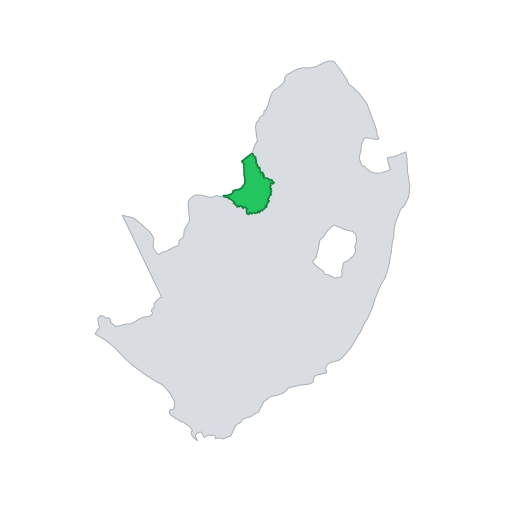 location of Ngaka Modiri Molema, North West, South Africa, rotated 337°
{"feature_id": "47623444B28912463422483", "entity_name": "Ngaka Modiri Molema", "entity_type": "district", "adm_level": 2, "iso_a3": "ZAF", "parent_name": "South Africa", "parent_adm1": "North West", "projection": "orthographic", "projection_center": [25.83, -25.802], "detail": "fine", "context": "in_parent", "style": "filled", "palette": "green", "viewbox_px": 512, "rotation_deg": 337, "n_neighbors": 0, "source": "geoboundaries", "source_scale": "gbopen_adm2", "svg_char_len": 8235}
<svg xmlns="http://www.w3.org/2000/svg" viewBox="0 0 512 512"><g transform="rotate(337 256 256)"><path d="M355.0,101.3L367.1,100.0L372.6,101.1L379.1,103.9L385.2,105.1L395.6,104.5L399.1,105.1L401.9,106.1L403.9,107.6L406.5,118.1L408.6,129.4L408.4,133.0L408.7,134.4L411.5,139.3L412.4,142.3L414.0,144.8L417.2,156.9L417.6,159.0L416.2,187.8L414.7,191.2L415.1,195.8L413.3,196.3L403.5,190.1L401.7,190.2L398.8,192.3L396.1,195.5L394.7,198.4L389.4,205.9L388.8,210.9L389.1,215.1L390.8,215.4L391.8,218.4L394.4,223.4L398.8,226.7L403.0,228.3L409.0,228.9L413.7,229.0L413.6,225.7L415.1,217.0L422.9,218.5L434.5,218.8L433.4,224.4L428.5,237.2L425.0,251.6L421.2,258.8L419.1,261.7L413.3,266.8L410.3,268.5L407.8,269.0L397.8,279.4L394.0,284.5L390.5,292.0L387.2,296.0L382.3,304.8L373.8,317.7L366.8,326.1L363.8,328.5L361.7,329.6L356.3,334.4L348.6,342.3L342.7,349.3L334.1,357.2L329.1,360.6L321.6,367.5L319.6,368.5L311.3,374.8L305.3,378.7L295.7,383.2L292.0,384.4L282.9,383.2L279.2,383.8L276.0,386.6L275.8,390.5L274.4,391.1L266.2,389.3L262.8,389.7L260.8,391.8L259.2,394.5L254.5,394.6L246.0,392.0L236.1,390.4L233.8,390.3L229.0,392.4L227.4,392.7L220.4,392.5L216.5,391.3L212.7,391.3L209.9,392.5L206.5,392.9L197.5,400.6L192.7,400.8L188.6,401.8L181.3,401.0L179.1,401.6L177.0,403.0L172.1,403.7L170.2,404.9L162.2,412.0L158.7,411.5L154.4,411.6L149.3,408.2L147.4,408.5L147.8,407.4L147.9,405.5L146.0,403.7L144.1,403.9L142.9,402.3L140.0,402.3L137.6,402.9L136.7,396.7L135.5,396.2L132.5,396.2L131.1,396.5L130.4,397.1L129.8,398.6L130.1,402.9L128.9,401.7L127.6,399.2L127.0,396.4L127.2,393.1L129.3,391.7L128.4,387.6L124.4,380.6L122.1,379.2L120.2,375.6L118.4,374.4L117.5,371.8L115.7,369.8L114.9,366.6L115.6,364.7L117.0,363.6L118.6,365.1L120.4,364.4L122.8,361.8L124.1,358.1L123.7,352.4L123.1,348.8L120.4,339.6L119.2,337.6L114.1,331.2L108.0,322.6L100.0,309.0L96.0,300.7L89.7,284.0L84.5,274.6L78.2,266.0L77.5,265.4L78.2,264.3L81.1,262.0L82.4,261.3L83.1,261.5L83.8,260.9L84.3,259.4L84.6,256.2L85.7,252.7L86.9,251.2L89.5,250.1L91.5,251.2L92.5,252.4L92.9,254.0L93.9,254.7L95.3,254.6L96.4,255.5L97.1,257.6L97.1,259.1L96.3,260.0L96.5,261.2L97.7,262.7L99.0,265.9L104.5,267.3L107.6,267.4L110.5,268.0L113.3,269.3L117.8,269.4L123.9,268.3L129.1,268.4L133.2,269.6L136.1,269.7L137.9,268.7L138.6,267.4L138.2,265.7L139.1,264.5L141.1,264.0L142.6,262.6L143.7,260.4L146.5,258.5L150.9,257.0L153.1,256.9L148.9,166.4L157.3,172.3L159.3,175.1L163.6,183.4L168.1,193.7L169.0,198.8L168.8,199.9L165.0,206.9L164.9,210.3L165.6,214.2L166.6,216.2L167.8,216.8L170.7,215.7L175.1,216.6L183.5,215.8L187.7,216.2L188.8,215.8L189.7,215.0L190.7,212.6L191.7,211.7L195.6,210.6L197.3,209.2L199.9,204.4L208.2,197.8L209.1,196.3L214.0,181.1L215.6,178.9L217.9,177.4L222.5,176.2L225.3,176.7L228.2,178.0L231.6,180.1L236.6,184.2L238.3,184.8L243.3,184.9L246.4,187.5L255.7,189.3L258.3,189.2L261.2,187.7L266.0,187.7L271.1,186.7L274.2,184.0L280.2,167.4L280.8,163.8L281.5,162.8L286.4,160.9L292.4,159.5L293.6,158.8L297.4,154.2L302.3,150.4L305.8,137.2L308.0,134.1L309.4,132.8L310.3,132.8L311.6,132.0L313.2,130.4L315.2,129.4L317.4,129.0L318.9,128.0L319.6,126.2L320.8,125.4L322.4,125.5L323.4,124.9L323.6,123.7L327.3,120.9L327.4,119.8L329.6,117.0L333.8,112.7L337.7,110.3L341.4,109.9L348.2,107.7L350.7,105.7L352.3,102.8L355.0,101.3ZM339.5,296.0L345.2,293.9L349.5,291.1L350.6,285.8L353.9,282.5L355.2,279.5L356.2,275.3L354.4,270.8L351.8,269.4L347.1,265.5L345.0,262.9L342.2,260.6L340.2,258.0L336.8,258.7L331.6,260.7L328.4,262.6L325.7,264.9L320.8,266.4L316.2,273.7L314.7,275.3L311.1,280.6L306.0,283.1L305.8,284.1L307.5,288.4L309.8,292.8L312.2,296.3L312.0,298.5L312.8,300.2L315.0,301.4L318.7,305.8L320.5,307.3L326.1,308.4L326.9,308.1L328.5,305.6L328.7,303.7L332.6,298.1L334.3,296.4L339.5,296.0Z" fill="#d9dde1" stroke="#a8b0b8" stroke-width="1"/><path d="M293.7,164.4L293.8,164.1L293.8,163.9L293.6,163.8L293.4,163.9L293.2,163.7L293.0,163.4L293.0,163.1L292.8,162.4L292.9,162.2L293.0,161.6L292.9,161.5L293.0,161.2L292.9,160.9L293.0,160.8L293.1,160.6L292.6,160.4L292.3,160.1L287.7,161.3L283.6,162.2L282.7,162.8L281.6,162.7L281.5,163.0L280.3,163.0L280.1,163.0L280.2,163.5L279.9,163.9L280.4,164.3L280.3,164.6L280.4,164.8L280.5,164.7L280.6,164.8L280.7,165.1L280.7,165.4L280.7,165.5L280.8,165.5L280.9,166.0L281.0,166.1L280.9,166.3L280.8,166.2L280.7,166.3L280.7,166.5L280.8,166.6L280.7,166.6L280.8,166.9L280.7,167.0L280.4,167.2L279.9,168.5L277.4,175.4L276.8,176.2L276.5,178.3L275.9,180.7L274.1,184.8L273.8,185.0L273.6,185.1L273.1,185.4L273.0,185.6L272.9,185.6L272.6,185.9L272.3,186.1L272.2,186.1L271.9,186.2L271.6,186.2L271.6,186.3L271.4,186.4L271.3,186.5L271.1,186.6L271.0,186.8L270.9,186.9L270.7,187.0L270.3,187.2L269.8,187.4L269.6,187.5L269.4,187.7L269.0,187.8L268.9,187.9L268.8,188.0L268.7,188.1L268.3,188.1L267.9,187.9L267.6,187.9L267.3,188.0L267.1,187.9L267.0,188.0L266.8,188.0L266.8,187.9L266.2,187.9L265.9,187.9L265.5,187.9L265.3,187.9L265.1,188.0L265.0,187.9L264.9,187.8L264.5,187.8L264.4,187.7L264.2,187.7L264.1,187.9L263.9,187.9L263.7,187.7L263.6,187.4L263.4,187.4L263.2,187.3L263.0,187.1L262.9,187.1L262.6,187.2L262.4,187.1L262.1,186.9L261.7,187.1L261.2,187.1L261.3,187.2L261.3,187.3L261.0,187.5L260.9,187.7L260.7,187.7L260.5,188.0L260.4,188.0L260.2,187.8L260.2,188.0L259.8,188.2L259.6,188.5L259.4,188.4L259.3,188.8L259.2,188.8L258.9,189.0L259.0,189.0L258.9,189.1L258.7,189.0L258.4,189.0L258.2,189.0L257.9,189.0L257.6,189.2L257.4,189.1L257.2,189.3L257.2,189.2L257.0,189.3L256.9,189.3L256.7,189.5L256.5,189.3L256.4,189.3L256.1,189.2L255.8,189.1L255.7,189.2L255.4,189.0L255.2,189.0L254.8,189.0L254.5,189.1L254.3,189.4L254.2,189.4L253.8,189.3L253.7,189.2L253.4,189.1L252.6,188.9L252.3,188.7L252.1,188.6L251.9,188.3L251.7,188.2L251.3,188.2L251.1,188.2L249.8,187.7L249.4,188.7L253.9,191.9L253.3,192.2L253.6,192.8L254.9,194.1L255.4,194.8L255.6,195.3L256.0,196.1L257.0,197.7L257.3,198.7L256.1,198.8L256.7,199.8L257.0,200.6L257.6,201.8L258.0,202.8L257.7,202.9L257.7,203.2L258.1,203.2L258.2,203.5L259.1,202.7L259.8,204.1L260.6,203.7L261.1,203.4L261.9,204.8L262.3,204.5L262.9,205.7L262.3,206.1L262.8,207.3L263.5,206.9L265.1,206.5L265.3,207.5L266.4,208.9L265.2,209.5L265.2,209.8L265.3,210.1L265.2,210.3L264.7,211.2L264.6,211.3L264.5,212.0L264.4,212.5L264.3,212.8L264.1,213.3L264.2,213.7L264.7,213.5L265.7,214.9L266.4,214.2L267.1,213.5L268.5,215.6L270.2,214.8L272.3,216.3L272.1,216.4L273.9,216.8L274.7,216.0L275.3,214.9L274.9,216.4L276.1,215.9L276.1,217.5L276.3,217.5L276.6,216.9L278.2,216.2L279.2,215.9L279.7,216.8L281.1,215.8L281.0,215.3L281.5,216.0L283.1,215.3L283.5,214.8L283.6,215.0L283.8,215.1L283.9,214.9L284.0,214.9L284.3,214.5L284.5,214.5L284.5,214.4L284.9,215.0L285.1,214.9L285.7,213.9L285.9,212.7L286.6,212.5L286.6,212.3L286.7,212.2L286.9,212.0L287.0,212.2L286.9,212.1L287.6,211.8L287.5,211.2L288.5,211.0L288.9,211.0L289.2,211.0L289.2,210.9L289.4,210.7L289.2,210.6L289.3,210.5L288.9,209.6L289.5,209.6L288.9,208.2L290.8,207.4L290.7,207.2L291.9,206.0L292.4,205.9L294.0,205.5L293.5,204.4L294.5,204.0L294.1,203.2L294.9,202.8L295.0,202.5L295.8,202.1L295.7,201.5L295.8,201.4L295.3,200.2L296.1,199.9L296.4,199.8L295.5,198.0L297.4,197.1L297.1,195.3L299.1,194.9L299.7,196.3L301.3,195.8L300.4,193.5L300.5,192.6L300.3,192.2L300.1,192.0L300.1,191.9L299.1,191.8L299.0,192.0L298.2,190.8L298.2,190.6L297.7,190.5L297.7,189.7L296.3,188.4L296.1,188.5L295.0,187.7L294.8,187.7L293.7,187.4L294.0,186.9L294.2,185.8L294.6,185.9L294.8,185.2L294.9,183.9L294.4,183.7L294.1,183.9L294.5,183.0L294.8,183.3L294.8,182.3L294.7,181.4L293.7,181.1L293.3,181.6L293.1,181.7L292.9,181.2L292.8,180.8L292.7,180.3L293.0,180.1L293.0,179.4L293.2,178.5L293.4,178.2L293.4,177.3L293.8,177.3L293.9,176.2L292.5,176.1L292.5,175.9L292.5,175.7L292.7,175.4L292.6,175.5L292.7,175.4L292.5,175.2L292.6,174.9L292.8,174.9L292.6,174.7L292.4,174.4L292.5,174.3L292.5,174.2L292.6,174.3L292.7,174.2L292.7,173.9L292.8,173.9L292.8,173.6L292.9,172.3L292.7,171.1L292.2,170.8L292.1,170.5L292.8,170.2L293.0,169.9L292.9,169.8L292.9,169.6L293.0,169.5L292.9,169.2L293.1,169.1L293.1,168.9L293.3,168.9L293.5,168.5L293.4,168.3L293.5,168.1L293.6,167.9L293.4,167.8L293.4,167.5L293.6,166.9L293.5,166.6L293.6,166.1L293.6,165.8L293.5,165.7L293.9,165.5L294.0,165.4L294.1,165.2L294.3,165.3L294.4,165.1L294.2,164.9L294.2,164.7L293.8,164.6L293.7,164.5L293.7,164.4Z" fill="#22c55e" stroke="#15803d" stroke-width="1.5"/></g></svg>